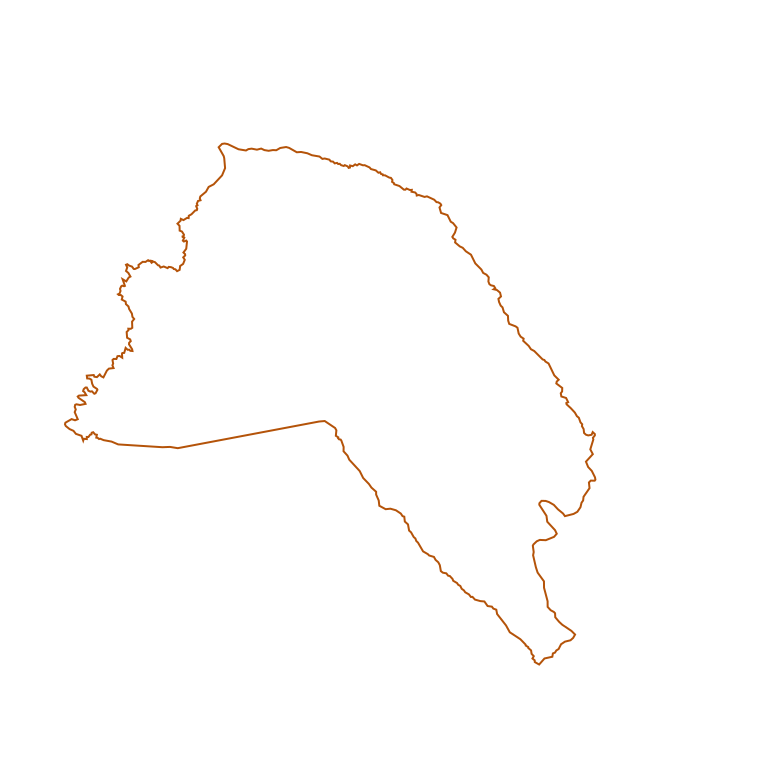 the district of Mavago, Niassa, Mozambique, rotated 117°
{"feature_id": "85939544B69199020344442", "entity_name": "Mavago", "entity_type": "district", "adm_level": 2, "iso_a3": "MOZ", "parent_name": "Mozambique", "parent_adm1": "Niassa", "projection": "equal_earth", "projection_center": [36.395, -12.167], "detail": "fine", "context": "isolated", "style": "outline", "palette": "amber", "viewbox_px": 768, "rotation_deg": 117, "n_neighbors": 0, "source": "geoboundaries", "source_scale": "gbopen_adm2", "svg_char_len": 6166}
<svg xmlns="http://www.w3.org/2000/svg" viewBox="0 0 768 768"><g transform="rotate(117 384 384)"><path d="M557.1,646.4L563.1,650.3L564.7,650.0L565.9,648.5L566.9,643.7L566.7,639.4L568.3,635.9L567.5,630.0L571.0,626.3L569.1,626.6L568.0,623.8L566.1,624.8L565.4,623.3L562.5,622.8L561.7,621.8L560.1,622.3L559.0,621.2L560.1,618.5L559.6,616.8L562.4,616.0L562.0,614.7L562.4,612.9L561.6,612.1L561.3,608.3L559.0,600.6L558.5,593.4L540.9,552.7L537.2,546.1L534.8,538.6L446.9,424.8L443.9,420.0L445.4,407.6L446.9,405.4L452.0,403.4L452.3,400.5L453.1,400.4L453.7,399.0L453.2,397.4L453.8,396.3L458.4,391.4L462.3,389.5L464.4,384.0L467.2,380.6L472.6,366.1L477.2,359.9L479.9,352.1L482.0,348.2L483.6,342.1L486.1,340.8L490.2,335.8L494.6,332.9L494.8,325.7L492.2,321.7L491.1,316.1L491.8,310.2L493.3,307.5L493.0,305.7L497.1,303.0L498.2,298.9L503.2,295.1L503.9,292.5L506.9,288.0L507.4,285.9L509.2,284.0L509.9,281.7L515.4,273.2L515.7,267.6L516.3,266.0L515.4,261.0L517.3,258.2L518.2,254.7L520.1,252.0L524.9,248.4L525.4,245.9L524.4,242.5L525.7,239.8L525.2,238.2L526.6,234.4L527.9,233.0L528.2,228.5L529.2,226.8L529.3,224.3L531.2,221.8L531.6,219.1L532.7,217.1L532.9,212.8L534.3,209.9L533.5,208.5L534.8,205.1L533.7,199.6L532.2,195.8L534.8,190.9L533.4,186.8L534.5,184.6L534.1,181.5L537.6,178.8L543.7,165.7L548.1,159.2L549.5,146.6L551.9,139.5L552.7,139.0L552.9,136.1L553.7,135.6L554.6,132.0L557.4,130.0L558.5,127.0L561.2,127.1L561.8,124.3L563.3,123.4L563.5,118.4L555.7,116.4L550.6,110.2L547.4,111.2L545.7,109.7L543.2,109.5L540.9,108.1L535.5,108.1L531.4,105.8L527.7,101.5L524.4,100.2L520.5,100.0L518.9,104.9L517.6,115.8L516.4,120.0L514.1,125.5L510.6,127.5L510.0,129.1L509.9,132.8L508.3,137.0L503.3,139.6L492.9,148.9L487.2,151.9L482.3,161.5L478.3,165.5L468.9,173.4L465.8,174.3L460.5,178.0L459.1,178.0L454.8,176.5L452.2,174.4L449.7,168.9L443.0,163.1L439.0,162.1L436.6,165.2L432.6,176.0L427.7,179.4L421.1,190.8L419.7,191.4L416.6,190.6L414.8,186.9L414.3,183.4L414.6,177.8L416.7,172.1L418.1,165.7L419.6,162.8L413.7,156.1L410.1,153.7L404.6,153.0L400.1,154.1L397.4,153.7L393.9,155.0L383.5,153.6L378.7,156.7L376.2,155.9L374.5,152.4L373.3,152.2L371.4,153.6L367.1,159.4L365.3,164.4L361.5,168.8L351.7,166.1L348.6,170.5L338.4,172.3L337.1,173.4L334.1,172.8L332.9,173.4L332.1,176.2L335.0,176.0L337.1,178.7L337.5,181.0L336.8,183.5L333.5,185.7L331.7,188.5L329.9,189.1L329.0,191.5L325.6,195.1L325.1,197.5L322.8,201.0L320.7,206.7L319.2,212.1L318.2,212.9L316.6,211.7L313.8,215.4L314.6,220.3L312.0,222.3L309.8,221.9L306.6,223.4L305.3,230.7L303.4,231.2L300.9,230.3L299.0,236.2L291.0,246.7L290.7,250.4L289.8,252.0L290.1,253.8L286.4,265.1L286.3,268.9L284.4,272.3L282.3,279.6L280.2,280.2L279.8,283.7L277.9,286.9L273.3,290.6L272.9,292.9L273.6,299.7L271.2,302.1L267.0,304.5L265.6,309.7L261.9,313.2L261.2,315.6L258.7,318.7L256.2,320.7L252.9,319.5L249.9,322.1L249.0,326.1L249.8,329.3L248.1,328.4L246.8,330.6L247.5,333.5L247.2,335.4L245.3,337.5L241.4,339.1L240.1,342.3L240.0,346.1L237.8,349.2L235.1,357.4L229.3,365.2L228.6,371.3L226.9,375.7L227.0,378.9L225.6,384.9L223.0,385.8L222.8,388.4L221.9,389.9L216.9,389.5L211.6,390.4L209.3,395.5L209.1,398.2L204.7,404.1L205.7,410.8L201.5,414.7L198.6,414.2L197.7,415.6L197.5,418.2L198.1,419.8L197.0,422.9L197.3,430.9L198.9,432.8L199.8,438.8L201.2,440.4L199.9,441.3L199.2,443.2L200.2,446.8L198.4,447.4L199.4,449.0L199.6,452.7L201.1,453.1L201.8,454.5L200.6,460.1L201.4,465.6L200.5,466.4L200.2,468.6L198.4,469.1L197.2,471.4L197.7,473.0L197.6,477.8L198.5,479.7L197.8,480.3L198.2,482.0L197.1,483.5L198.3,484.9L197.4,488.3L198.4,493.2L197.6,495.2L197.8,500.5L198.7,502.1L199.2,506.1L201.5,507.3L201.4,509.4L204.1,510.7L204.7,513.4L206.6,512.6L207.5,513.6L206.6,515.1L206.8,518.3L208.0,518.8L208.5,521.6L207.9,523.4L208.8,524.7L208.3,526.2L209.8,528.1L209.0,530.3L209.8,532.6L208.9,534.5L210.0,539.2L211.4,541.1L210.6,544.7L212.9,552.1L213.2,557.0L214.9,563.2L217.1,566.9L216.7,575.8L217.3,578.8L220.8,583.6L224.6,586.1L226.0,589.2L228.6,592.7L229.9,596.8L230.0,600.3L232.9,603.6L234.4,608.8L236.3,611.5L238.6,613.0L240.9,620.2L241.2,632.2L242.1,635.2L243.6,637.3L248.1,638.8L253.7,630.3L255.3,628.9L263.8,623.6L271.6,623.0L283.4,626.4L288.0,629.7L293.5,629.9L300.3,632.8L302.2,632.4L303.6,630.9L305.3,632.8L308.4,632.6L309.4,631.3L310.8,632.1L312.7,629.9L314.1,629.7L315.1,631.0L320.2,632.6L322.7,634.3L324.9,633.4L325.4,634.9L329.0,637.1L329.1,640.0L330.9,639.4L334.9,640.8L335.9,638.0L340.1,635.7L339.9,633.2L341.8,630.0L343.0,629.7L343.9,630.5L344.4,630.2L344.3,628.4L347.6,628.3L347.9,627.0L346.0,625.3L346.5,624.2L353.3,621.6L357.9,622.4L358.6,620.2L359.7,619.5L362.3,620.4L363.8,617.9L368.2,617.5L371.4,619.2L375.1,617.9L377.4,619.6L376.5,621.9L377.0,623.5L376.4,624.7L376.6,626.9L377.4,629.0L379.0,629.4L379.3,633.6L381.7,636.0L380.5,638.0L380.8,639.2L379.4,643.5L379.8,645.3L381.5,646.1L380.8,647.5L380.4,646.4L379.7,646.5L380.3,648.5L381.1,649.2L380.8,650.4L383.5,651.9L384.7,654.5L389.4,656.8L391.3,655.5L394.7,658.2L395.1,659.3L393.8,661.8L394.2,664.8L393.8,667.1L394.9,668.0L396.7,665.7L400.4,665.2L401.1,662.2L403.4,658.7L405.0,659.8L409.6,660.2L409.3,664.5L414.2,659.4L414.9,660.0L415.2,661.9L416.3,662.5L419.1,662.4L420.7,661.0L423.5,660.7L424.8,661.7L425.1,660.7L424.2,659.0L424.7,656.7L427.8,656.0L427.9,651.6L430.0,650.2L430.9,646.9L432.9,645.1L435.7,640.6L438.4,638.6L439.5,636.1L442.8,636.8L448.2,633.8L449.8,634.7L450.8,636.9L452.0,636.1L454.5,636.9L459.4,633.9L459.5,630.4L460.8,629.1L463.0,629.8L464.4,629.2L467.4,624.2L468.8,623.1L469.6,625.1L469.1,626.6L469.9,628.0L469.1,630.6L474.2,629.6L475.2,631.2L476.0,631.2L479.4,629.2L479.1,632.4L480.2,634.1L483.2,633.8L484.4,636.3L485.9,636.8L488.8,634.6L490.6,634.5L492.6,632.2L495.2,636.1L497.9,637.0L505.5,637.0L505.5,639.5L504.5,641.6L508.2,642.9L509.0,645.4L507.8,646.7L511.5,652.6L513.8,651.0L512.9,648.9L513.0,646.7L516.2,644.2L518.2,641.7L518.7,637.4L519.3,636.7L523.2,636.8L524.2,637.7L523.1,640.9L524.1,642.2L524.2,644.3L522.1,647.2L522.7,648.4L524.9,649.2L526.9,648.9L527.3,647.0L529.1,644.2L532.8,650.5L534.2,651.2L535.0,649.9L536.0,642.3L537.2,640.9L540.7,645.3L541.7,648.8L542.7,649.7L544.8,649.2L546.6,647.1L549.5,646.8L554.4,640.9L556.6,642.8L557.1,646.4Z" fill="none" stroke="#b45309" stroke-width="2"/></g></svg>